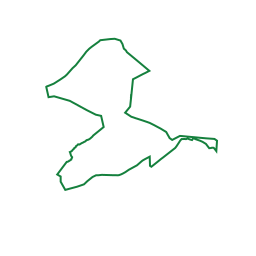 outline of Santiago Matatlán, Oaxaca, Mexico, rotated 290°
{"feature_id": "50627088B54513181179027", "entity_name": "Santiago Matatlán", "entity_type": "district", "adm_level": 2, "iso_a3": "MEX", "parent_name": "Mexico", "parent_adm1": "Oaxaca", "projection": "mercator", "projection_center": [-96.433, 16.804], "detail": "fine", "context": "isolated", "style": "outline", "palette": "green", "viewbox_px": 256, "rotation_deg": 290, "n_neighbors": 0, "source": "geoboundaries", "source_scale": "gbopen_adm2", "svg_char_len": 2163}
<svg xmlns="http://www.w3.org/2000/svg" viewBox="0 0 256 256"><g transform="rotate(290 128 128)"><path d="M147.3,213.0L145.0,204.9L143.3,198.5L142.2,194.2L141.4,191.2L140.5,187.8L138.8,181.2L138.3,179.5L131.9,173.6L132.6,171.1L132.7,170.6L133.7,169.5L135.2,167.7L137.3,165.3L138.6,158.9L139.1,155.2L139.6,151.8L140.2,146.7L140.2,144.2L140.1,139.5L139.9,133.6L139.8,131.9L139.8,129.6L139.7,127.3L141.3,120.6L141.4,120.1L148.8,122.7L156.9,120.7L157.2,120.5L157.3,120.5L157.7,120.4L157.8,120.3L158.3,120.2L158.6,120.1L158.5,120.3L175.5,116.0L178.5,118.8L181.6,121.6L183.9,123.7L185.5,125.3L189.0,128.5L193.9,115.0L198.9,101.0L200.1,99.6L201.0,97.5L201.1,97.0L203.9,94.9L205.0,94.1L207.6,91.0L207.3,85.0L205.5,80.9L203.8,77.5L201.0,71.9L199.3,71.1L191.9,66.1L189.3,64.5L185.4,62.7L181.4,61.5L169.0,57.4L165.4,55.5L157.3,52.3L155.0,51.1L150.4,47.8L144.3,43.1L140.9,39.4L139.1,37.3L138.7,37.1L129.8,42.8L132.5,47.7L133.6,64.0L130.7,83.1L129.5,93.2L130.0,97.0L130.2,98.6L120.6,104.8L108.9,97.8L107.8,97.5L105.2,96.1L104.0,95.2L103.5,94.8L103.0,94.0L102.6,93.6L102.4,93.2L101.1,92.6L100.3,92.0L99.7,91.3L98.8,90.6L97.9,89.6L95.9,88.1L95.8,87.5L95.6,86.7L95.0,86.5L94.3,86.2L93.7,85.7L93.3,85.4L92.8,85.4L91.9,85.3L90.9,84.4L90.3,84.4L89.4,84.0L88.8,83.6L87.4,83.2L86.5,82.6L85.5,81.6L85.0,82.1L84.6,82.4L84.2,82.7L83.2,83.4L82.3,84.2L81.5,85.5L80.8,85.6L80.3,85.4L79.9,85.3L79.0,85.5L77.6,84.5L77.2,84.0L76.8,83.9L75.9,83.1L75.6,82.8L75.2,82.0L68.7,80.0L60.1,77.4L59.4,81.3L54.5,83.1L48.4,90.2L55.4,100.2L60.0,105.9L64.2,108.0L69.8,111.4L72.7,114.2L73.4,116.2L75.0,119.4L78.6,130.3L79.5,132.8L80.0,134.3L80.5,135.5L82.0,137.3L83.3,138.6L85.6,140.6L89.1,143.1L89.3,143.3L96.0,149.2L100.9,151.9L102.4,152.8L104.3,154.4L108.5,158.2L100.0,161.6L99.6,163.2L103.8,165.8L107.1,167.8L110.3,169.7L112.4,171.1L123.0,177.7L125.4,179.2L127.7,179.9L129.0,180.2L131.5,180.8L133.8,181.3L135.9,182.1L137.0,184.9L137.4,186.4L138.5,187.5L138.4,190.0L138.6,192.3L141.0,192.9L140.6,195.1L140.7,199.8L140.5,202.8L139.7,206.7L138.4,208.7L136.8,211.2L137.6,212.9L138.1,213.5L138.7,215.2L138.1,216.4L136.5,218.9L146.5,216.0L147.3,213.0Z" fill="none" stroke="#15803d" stroke-width="2"/></g></svg>